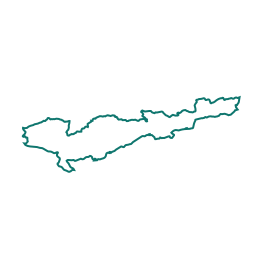 outline of Kayin, rotated 104°
{"feature_id": "MMR-3266", "entity_name": "Kayin", "entity_type": "State", "adm_level": 1, "iso_a3": "MMR", "parent_name": "Myanmar", "parent_adm1": "", "projection": "albers", "projection_center": [97.58, 17.357], "detail": "fine", "context": "isolated", "style": "outline", "palette": "teal", "viewbox_px": 256, "rotation_deg": 104, "n_neighbors": 0, "source": "natural_earth", "source_scale": "10m", "svg_char_len": 5871}
<svg xmlns="http://www.w3.org/2000/svg" viewBox="0 0 256 256"><g transform="rotate(104 128 128)"><path d="M114.9,71.3L114.0,71.2L114.2,71.7L115.2,72.6L115.7,73.5L115.9,74.2L117.0,76.4L118.1,78.2L118.3,80.4L118.5,81.5L119.2,82.6L120.1,83.5L122.0,84.8L122.4,84.4L122.6,84.1L123.4,81.8L124.0,81.6L126.9,82.8L127.2,83.6L127.2,84.4L126.8,85.2L126.1,85.5L126.0,85.9L126.5,86.9L129.0,90.5L129.2,91.7L129.6,92.6L129.7,93.1L129.4,94.1L129.5,94.5L129.8,94.5L130.6,94.9L131.5,97.3L131.9,97.8L132.2,98.9L131.9,99.3L130.6,100.1L129.1,103.1L129.7,105.4L128.7,105.5L129.0,106.2L130.0,107.2L130.5,108.4L131.6,109.3L132.0,109.8L132.2,111.5L132.4,112.1L132.9,112.7L140.4,119.7L142.6,121.0L143.0,121.5L143.2,122.2L144.2,123.8L145.0,125.8L145.6,126.4L147.4,127.3L147.7,128.0L147.5,129.6L147.6,130.2L151.9,134.4L153.5,135.5L155.1,137.8L156.1,138.5L155.7,139.0L155.5,139.5L155.6,139.9L156.8,139.9L156.9,140.3L156.5,140.9L157.1,142.0L157.7,142.6L158.5,142.8L160.7,142.8L161.6,143.1L162.5,143.6L163.3,144.5L164.6,146.7L165.1,147.4L165.3,148.0L165.3,148.8L165.5,149.5L166.7,150.1L167.4,152.1L166.8,151.7L166.3,151.6L165.9,151.8L165.8,152.5L166.0,153.1L166.8,153.5L167.2,153.9L167.0,154.4L166.5,155.0L165.8,155.5L165.1,155.7L164.6,156.4L164.2,157.4L164.3,158.2L165.6,159.3L166.2,161.1L166.8,162.0L168.4,163.1L169.1,164.0L169.4,164.9L169.2,166.3L172.3,170.6L172.7,171.4L172.7,171.9L172.2,172.9L172.3,173.4L172.9,174.8L173.5,178.3L173.8,179.0L174.7,179.6L175.4,179.0L176.8,177.0L179.5,174.7L180.1,173.6L180.5,171.6L180.9,170.9L181.8,170.1L182.0,171.7L182.9,172.5L183.9,173.2L184.7,174.4L184.8,175.2L184.3,177.3L184.1,179.5L183.9,180.2L182.1,182.6L181.8,183.6L181.8,185.7L181.5,186.1L180.5,187.3L180.1,187.6L179.4,187.7L178.8,187.2L178.2,186.9L175.4,186.6L174.6,186.6L173.7,187.1L173.0,188.8L172.4,189.8L171.9,190.2L171.5,190.4L170.5,190.5L169.0,190.0L168.6,190.4L168.7,191.0L170.0,192.8L170.3,193.7L169.6,196.5L169.6,197.6L170.0,199.6L169.9,200.5L168.5,205.3L168.3,206.4L168.6,208.9L168.5,211.6L169.6,218.7L169.7,221.1L169.3,223.4L168.1,224.8L168.0,223.7L167.3,223.0L165.4,222.0L163.8,222.8L162.1,223.2L161.8,223.4L161.8,223.8L162.0,224.6L161.9,225.0L161.2,225.5L161.0,226.2L161.6,226.7L161.8,227.0L161.6,228.0L161.3,228.1L160.6,227.9L159.1,226.9L158.2,226.6L157.2,226.4L156.6,226.5L155.0,228.9L154.3,229.5L153.5,229.9L153.2,229.9L153.2,228.5L153.1,227.9L152.3,226.0L150.7,224.8L149.5,223.2L148.0,220.5L147.1,219.7L145.5,216.5L144.3,215.0L143.5,213.5L141.4,211.5L141.3,210.3L141.1,209.9L140.3,209.6L139.2,208.6L137.9,208.3L137.6,207.8L137.5,207.2L137.8,206.3L138.3,205.7L138.4,205.3L137.9,204.5L137.8,203.5L137.4,202.7L137.3,201.7L136.3,199.7L136.0,197.7L136.0,196.8L136.2,196.0L136.1,194.3L136.5,193.6L136.6,192.5L137.2,191.6L137.3,190.8L137.3,190.6L136.8,189.9L136.5,188.6L135.4,186.8L135.4,186.4L137.4,186.1L139.9,186.1L141.9,185.5L143.8,185.5L144.1,185.5L145.2,186.2L147.0,186.8L147.1,186.7L147.7,185.9L149.6,185.0L149.8,184.5L149.7,183.5L148.2,182.2L147.9,181.5L147.4,181.1L147.4,180.1L147.0,179.2L146.3,178.8L145.3,177.4L144.2,177.0L143.7,176.6L143.6,176.1L143.4,174.4L142.8,172.4L142.6,172.4L141.8,172.7L140.6,172.6L139.8,172.3L139.5,171.9L139.2,170.9L138.9,170.5L138.4,170.2L137.4,169.8L137.1,169.6L136.6,168.3L136.8,167.2L136.4,167.1L134.6,167.9L133.7,168.1L131.6,166.1L131.1,165.5L130.4,165.1L129.9,165.4L129.8,164.4L129.6,164.1L128.7,164.3L128.0,164.2L127.8,164.0L126.9,163.0L127.0,162.4L126.8,161.8L125.8,161.4L125.0,160.4L123.3,158.1L123.0,156.3L123.0,155.1L122.3,154.1L122.2,152.8L121.3,152.0L120.5,150.6L120.6,149.8L120.5,148.9L120.6,147.8L119.4,146.0L119.2,144.4L119.3,143.8L120.0,143.7L120.3,143.2L120.4,142.9L120.0,142.0L120.0,141.6L120.7,141.2L121.1,140.3L121.6,140.1L122.1,139.1L121.1,136.3L121.6,135.5L121.7,135.1L120.8,132.3L120.9,132.0L121.6,131.0L121.6,130.7L121.1,129.4L120.5,128.9L119.9,127.6L119.4,127.0L118.9,125.3L118.8,124.3L118.2,123.0L118.7,120.1L118.6,119.7L118.2,119.2L117.3,118.8L116.7,118.1L115.4,115.0L115.4,114.5L115.7,113.5L115.9,113.3L116.9,112.5L117.1,112.1L117.1,111.5L116.9,111.2L116.6,111.4L116.4,111.7L115.6,111.5L115.1,111.7L115.0,112.0L115.0,112.9L114.2,113.6L113.6,114.7L113.4,115.9L112.8,117.0L112.6,117.0L111.3,116.5L110.9,116.6L110.2,117.4L109.4,118.0L109.3,119.0L109.1,119.1L108.6,119.1L107.6,118.4L107.9,115.5L106.4,111.6L106.0,109.9L106.9,108.6L107.1,107.7L107.2,106.0L107.1,105.7L106.3,105.2L106.1,104.8L106.0,103.7L104.0,99.5L103.9,99.1L103.9,98.7L104.1,98.1L105.0,97.1L105.5,96.0L105.9,95.5L106.5,94.3L106.7,92.6L107.3,91.0L107.3,90.1L105.1,88.4L104.4,87.6L104.5,85.0L103.9,82.9L103.6,82.5L103.3,82.3L102.7,82.5L102.1,83.6L101.8,83.7L101.3,83.5L100.9,82.9L101.0,81.9L101.0,81.5L100.8,81.3L99.9,80.4L98.4,79.6L97.6,78.7L97.0,77.6L96.7,76.5L97.2,75.3L97.2,74.2L97.6,72.7L97.6,71.7L97.3,70.6L97.3,69.4L96.9,68.6L96.1,67.9L95.8,67.0L95.4,66.7L95.0,66.6L92.8,67.3L90.0,68.8L89.7,68.8L87.8,68.3L86.4,67.6L85.8,67.7L84.7,68.5L84.1,68.3L83.6,67.1L82.8,66.2L82.0,63.9L80.8,61.7L80.8,60.9L82.0,59.5L81.9,58.8L80.9,57.2L80.8,56.5L81.0,56.0L81.3,55.6L83.7,54.0L83.9,53.4L83.7,53.0L83.2,52.6L82.5,51.2L81.1,49.9L79.7,48.9L78.0,47.2L76.8,45.4L76.3,43.9L75.9,43.7L75.8,42.9L77.4,41.4L77.4,41.1L77.3,40.8L76.8,40.6L76.5,40.3L75.7,37.9L75.1,37.1L74.6,35.9L74.0,35.2L74.0,34.9L74.2,33.2L74.1,32.8L73.9,32.4L72.9,31.6L72.3,30.6L72.2,30.2L72.4,29.1L72.3,28.8L71.2,27.2L76.0,26.8L76.9,26.9L77.7,27.3L79.5,27.8L79.6,28.0L79.5,28.7L79.9,29.1L81.8,28.2L82.5,27.3L83.0,26.9L83.6,26.1L84.5,27.5L84.9,28.4L85.8,28.6L86.7,29.1L90.2,31.5L91.3,33.7L91.0,34.5L90.8,37.3L90.9,37.9L91.8,40.1L92.0,41.5L93.1,42.3L94.0,42.6L95.1,44.1L95.7,45.5L96.2,46.4L96.2,47.1L96.3,48.3L96.6,49.2L96.6,50.4L97.1,51.9L97.4,52.5L98.7,54.0L98.8,54.4L98.6,55.3L98.7,55.7L99.6,56.4L100.5,58.0L100.7,59.0L103.3,64.0L103.7,64.6L103.8,64.6L104.7,64.5L106.1,64.8L107.7,65.0L111.7,64.9L112.4,65.1L112.8,65.7L113.2,66.8L113.8,67.7L114.9,71.3Z" fill="none" stroke="#0f766e" stroke-width="2"/></g></svg>